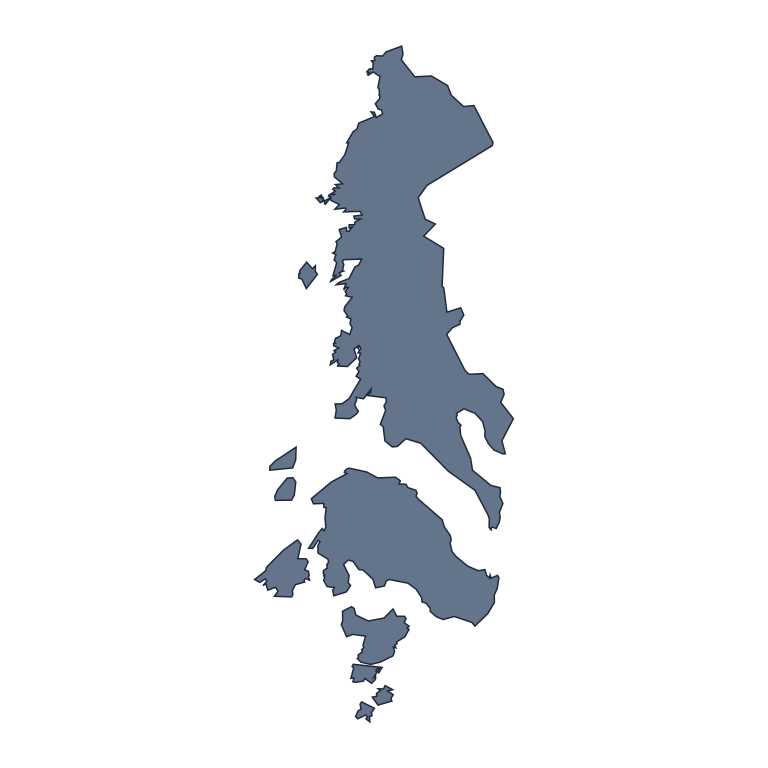 Harstad nor, Troms, Norway (orthographic projection), rotated 180°
{"feature_id": "86288312B68786515183071", "entity_name": "Harstad nor", "entity_type": "district", "adm_level": 2, "iso_a3": "NOR", "parent_name": "Norway", "parent_adm1": "Troms", "projection": "orthographic", "projection_center": [16.539, 68.812], "detail": "fine", "context": "isolated", "style": "filled", "palette": "slate", "viewbox_px": 768, "rotation_deg": 180, "n_neighbors": 0, "source": "geoboundaries", "source_scale": "gbopen_adm2", "svg_char_len": 6134}
<svg xmlns="http://www.w3.org/2000/svg" viewBox="0 0 768 768"><g transform="rotate(180 384 384)"><path d="M366.3,721.9L381.8,716.2L385.4,712.0L391.6,712.2L393.7,710.7L393.2,707.5L396.5,707.2L394.8,704.9L395.2,699.0L398.5,699.2L401.2,696.1L399.0,695.5L400.6,693.8L399.8,692.7L394.9,696.0L388.0,691.5L390.1,680.4L388.9,678.7L388.5,673.3L389.5,672.8L388.3,672.8L388.2,669.6L392.7,664.3L389.8,658.8L386.5,658.0L385.5,654.0L391.7,650.5L393.7,655.8L397.0,656.1L393.4,651.5L409.2,644.9L411.1,638.9L415.0,636.2L421.3,625.2L419.3,625.3L423.2,613.3L428.8,605.3L430.9,605.4L431.7,597.3L433.9,594.2L433.6,591.1L425.4,584.2L432.7,583.4L429.0,580.0L434.0,580.2L435.2,578.7L432.9,576.7L436.9,574.2L432.4,573.5L438.7,573.4L439.5,572.0L437.2,570.7L442.2,567.7L445.2,567.8L444.5,569.9L447.1,572.2L446.0,573.3L448.9,571.6L447.2,570.2L451.9,570.0L447.7,565.4L443.0,567.5L443.5,564.3L442.5,563.8L437.5,570.2L437.0,567.5L428.7,563.5L433.2,558.7L422.9,560.0L422.1,558.4L424.4,556.1L408.0,556.6L405.9,552.9L414.2,551.9L413.3,549.0L407.7,548.9L413.1,545.9L413.3,543.4L418.9,543.2L418.9,540.0L415.7,541.0L419.0,536.9L421.4,536.7L421.6,540.6L428.8,538.5L426.4,530.8L432.0,526.4L430.9,524.2L432.8,516.5L435.3,515.0L432.1,513.4L433.9,508.2L431.3,505.3L435.1,492.1L431.3,493.0L436.7,488.1L437.4,486.5L426.9,492.6L428.9,495.3L424.3,497.0L425.5,497.5L424.2,503.6L425.5,506.3L424.4,508.3L406.3,508.9L409.3,503.0L413.1,501.0L419.0,489.4L428.7,485.7L431.7,483.3L422.1,484.3L424.4,478.1L421.5,481.0L419.7,480.4L422.9,476.4L421.4,474.7L422.5,472.2L415.8,470.8L423.3,461.1L424.0,457.4L420.1,452.0L421.4,450.9L417.1,449.2L418.0,444.1L415.9,440.5L418.3,433.5L426.4,437.6L427.3,432.2L432.5,429.6L433.6,426.1L432.5,424.8L434.5,424.4L434.3,422.3L429.3,420.0L434.1,417.3L432.2,416.0L435.5,413.6L434.2,408.4L437.2,406.6L437.7,403.2L430.0,408.3L430.6,405.3L428.8,403.9L430.4,402.5L430.4,401.9L420.5,401.5L411.3,410.2L413.9,418.8L410.9,421.3L409.5,419.3L409.7,422.4L408.7,422.3L407.2,419.6L410.0,415.1L407.4,414.8L409.5,408.7L407.9,406.5L409.1,403.6L408.2,402.7L411.4,399.8L409.0,396.5L411.9,391.8L407.5,388.8L418.9,369.4L426.1,364.1L432.9,364.1L431.7,357.9L433.0,350.0L418.0,349.3L411.6,353.9L409.7,356.5L413.4,363.0L411.4,368.1L411.8,370.7L404.5,369.2L396.9,379.0L397.1,376.0L400.7,372.5L382.0,370.2L381.7,366.1L384.0,362.1L382.4,357.6L387.7,343.6L384.8,341.3L383.1,327.1L375.8,321.1L370.7,321.5L362.1,329.3L347.2,324.7L319.6,296.7L293.1,277.8L279.9,252.9L278.7,249.1L278.9,240.7L276.5,237.5L277.0,239.6L275.8,240.9L271.8,239.5L268.8,245.7L267.8,250.3L268.6,255.5L265.1,264.5L268.3,271.8L267.4,275.4L268.0,280.3L277.2,282.6L295.5,297.8L297.4,309.8L307.3,332.5L308.1,340.9L307.1,342.7L310.3,346.1L311.9,350.6L310.8,352.7L311.6,354.5L304.1,359.2L292.8,354.6L285.3,346.3L282.9,336.9L283.3,331.8L279.8,324.7L274.2,318.0L265.2,314.1L262.7,314.2L266.1,327.3L254.6,349.3L267.3,365.6L263.9,373.6L265.0,378.7L272.1,381.6L285.1,394.4L299.0,393.7L303.1,397.7L321.3,433.6L315.5,440.3L308.0,443.8L307.9,446.9L304.2,452.9L307.3,460.2L321.1,455.8L324.2,480.2L325.9,481.6L324.3,519.6L344.3,531.8L332.7,544.0L342.8,548.8L349.8,570.3L341.0,582.6L275.7,622.4L275.0,625.5L294.1,662.4L304.4,661.5L316.7,672.7L320.4,682.4L336.6,692.0L353.2,691.2L366.7,708.2L365.0,713.8L366.3,721.9ZM313.7,151.5L296.0,145.5L293.1,141.9L280.2,154.4L273.6,165.5L273.7,173.1L270.8,179.3L269.1,190.4L270.5,192.6L276.8,189.9L277.9,193.1L278.5,189.9L281.5,192.8L283.0,198.4L289.8,197.3L300.3,201.9L312.1,211.6L316.0,216.6L317.9,225.0L316.8,227.9L317.7,232.5L323.7,241.2L325.8,248.2L349.6,268.8L352.0,271.8L350.8,274.5L352.0,277.7L360.1,280.4L362.0,283.7L368.9,284.0L367.7,287.2L372.4,290.8L390.3,290.1L401.5,296.1L419.0,299.9L422.1,298.4L423.4,296.7L423.7,295.5L421.1,294.4L436.5,286.1L456.7,269.3L454.6,264.2L444.2,264.6L444.1,260.7L441.8,260.2L443.0,250.4L442.2,240.9L443.9,237.2L445.8,239.5L448.9,235.9L459.4,219.7L455.1,219.6L449.8,227.7L448.0,226.4L450.1,222.4L450.0,215.0L440.1,208.9L439.4,206.1L441.2,203.1L440.8,199.9L444.5,197.4L444.8,194.7L443.2,193.0L444.4,192.2L443.3,191.0L444.3,187.4L440.9,181.4L433.6,180.5L435.3,177.8L434.2,172.2L421.6,176.1L417.4,182.6L419.8,185.2L418.9,192.4L424.4,203.5L419.7,208.0L414.9,206.6L409.0,198.3L405.3,198.2L395.1,188.8L392.4,180.2L383.6,182.0L381.8,186.9L378.8,188.5L360.0,184.8L351.9,178.8L346.4,170.4L346.0,166.1L341.8,164.7L337.8,159.6L337.8,156.6L331.5,151.2L324.8,148.5L313.7,151.5ZM406.8,105.7L397.2,103.6L387.7,105.9L375.0,112.1L373.4,116.9L374.7,120.8L372.0,120.1L373.3,122.9L370.9,124.5L371.4,126.1L363.1,131.2L359.0,138.6L360.9,140.0L358.9,141.8L363.9,145.4L361.9,149.3L363.5,151.7L371.2,151.7L375.0,159.0L383.9,150.0L399.6,147.0L412.1,152.9L413.9,159.6L416.6,161.3L425.5,156.7L425.3,147.2L426.7,143.4L421.4,131.3L415.2,133.6L402.5,131.9L405.0,122.5L404.2,120.6L406.4,118.1L405.7,116.2L410.0,112.9L409.5,110.9L410.7,109.4L406.8,105.7ZM493.6,171.7L476.3,171.1L475.1,173.4L475.6,177.5L472.6,183.3L463.3,186.0L463.9,187.8L462.7,189.5L458.5,187.9L459.7,191.2L458.8,192.5L459.6,196.8L463.3,198.2L459.9,206.3L461.8,209.2L470.2,209.3L467.0,223.8L470.5,228.1L484.6,217.8L501.4,200.8L502.5,197.1L513.4,188.5L508.3,185.6L502.6,189.2L501.2,186.8L505.0,182.4L502.1,184.2L500.2,177.8L492.4,180.7L490.0,176.8L493.6,171.7ZM396.4,84.7L392.5,88.6L392.4,91.5L394.4,90.5L390.4,96.6L392.0,96.9L391.4,98.7L388.6,99.7L390.0,96.7L389.2,95.2L385.9,100.6L414.8,103.7L415.9,101.5L414.3,100.1L417.1,89.7L414.1,89.7L415.1,86.2L412.2,85.7L404.4,86.9L403.4,89.6L396.4,84.7ZM492.6,267.6L476.4,267.9L473.7,272.9L472.2,286.0L475.1,290.3L480.7,290.0L490.2,278.5L493.3,271.5L492.6,267.6ZM498.2,297.8L475.3,300.1L472.3,308.1L471.9,320.9L492.8,307.0L498.2,301.6L498.2,297.8ZM466.2,489.0L461.7,479.4L450.6,493.6L452.7,496.9L452.6,502.3L455.6,499.3L461.3,505.9L468.4,497.1L467.7,494.7L469.1,494.5L469.2,489.8L466.2,489.0ZM390.0,62.9L376.1,66.9L377.2,69.2L374.8,73.3L380.5,77.0L375.3,78.3L382.9,82.4L384.5,79.1L389.9,79.2L387.7,77.2L391.4,74.7L391.5,71.6L395.7,70.9L390.0,62.9ZM402.1,49.2L398.1,46.1L398.5,51.5L396.0,52.2L396.5,55.5L393.5,59.7L406.4,66.1L407.9,63.9L407.0,58.7L409.9,57.2L412.4,51.4L410.3,49.2L402.3,53.0L400.5,51.0L402.1,49.2Z" fill="#64748b" stroke="#1e293b" stroke-width="1.5"/></g></svg>